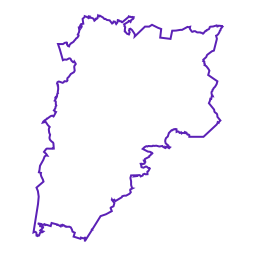 the district of Cuautepec de Hinojosa, Hidalgo, Mexico
{"feature_id": "50627088B81322224704661", "entity_name": "Cuautepec de Hinojosa", "entity_type": "district", "adm_level": 2, "iso_a3": "MEX", "parent_name": "Mexico", "parent_adm1": "Hidalgo", "projection": "albers", "projection_center": [-98.287, 19.97], "detail": "fine", "context": "isolated", "style": "outline", "palette": "violet", "viewbox_px": 256, "rotation_deg": 0, "n_neighbors": 0, "source": "geoboundaries", "source_scale": "gbopen_adm2", "svg_char_len": 5655}
<svg xmlns="http://www.w3.org/2000/svg" viewBox="0 0 256 256"><path d="M92.3,229.9L91.9,229.4L93.0,228.3L100.6,216.1L105.9,214.3L111.8,211.1L110.6,208.0L111.1,207.4L113.5,206.3L114.4,203.0L111.8,199.8L111.9,199.5L112.1,199.9L113.2,200.3L114.3,199.7L115.5,201.0L121.7,197.3L122.3,196.2L124.1,195.7L126.0,195.7L129.1,194.0L129.8,193.5L130.8,192.2L130.2,190.5L130.3,189.5L132.6,188.3L132.1,188.2L131.1,185.0L131.1,181.3L130.4,178.0L131.1,175.4L135.9,175.3L134.8,176.3L137.4,176.0L138.0,175.2L139.5,175.1L140.1,175.4L140.7,176.4L142.6,175.6L143.2,174.3L144.6,173.8L145.5,174.3L147.5,174.2L147.4,171.6L148.4,171.0L149.8,168.5L149.4,168.0L148.1,167.9L146.6,166.6L145.9,166.5L143.5,167.7L141.6,167.2L141.3,166.8L141.4,166.0L140.7,163.8L141.6,163.7L142.7,164.1L144.5,163.6L144.9,162.7L144.1,161.0L145.1,161.2L144.6,159.5L145.1,158.9L149.2,156.8L149.3,156.0L150.7,155.0L151.5,153.4L152.2,153.6L152.4,153.3L152.0,152.8L150.0,151.8L147.9,151.6L142.7,148.9L144.6,147.1L146.3,146.2L147.5,146.5L148.3,146.0L151.1,146.2L152.4,146.1L153.0,145.7L154.2,145.9L156.4,145.7L159.3,146.5L162.4,146.0L163.1,146.9L164.8,147.8L165.1,147.0L165.8,147.7L166.5,146.7L166.9,146.8L169.1,148.2L170.0,147.3L169.2,147.0L168.3,145.9L168.3,145.5L165.7,143.4L165.2,141.3L165.3,140.0L166.0,138.1L167.8,136.5L168.9,133.0L171.6,130.2L172.4,130.3L173.1,129.6L173.8,129.5L174.2,129.1L174.9,129.3L175.7,129.0L176.5,129.2L176.6,131.9L177.6,131.5L178.6,131.6L179.6,132.9L180.3,132.8L181.0,132.3L181.6,133.4L182.1,133.0L183.4,132.9L184.9,133.1L185.0,132.1L186.5,132.7L186.6,133.3L187.5,134.6L188.5,134.5L189.3,135.1L189.3,136.8L203.5,136.8L216.6,124.6L217.4,123.4L217.7,122.2L218.7,122.8L219.1,121.8L220.4,120.5L217.4,116.8L217.3,115.1L216.8,113.7L214.8,112.2L214.4,111.5L214.1,109.6L208.9,103.2L209.9,100.9L210.3,98.8L211.2,99.0L211.8,96.0L212.8,96.2L212.5,95.5L212.1,95.4L211.6,93.9L211.5,92.6L211.7,91.7L212.5,90.8L212.6,89.7L213.3,89.0L213.6,88.2L215.1,86.7L216.6,84.2L217.4,81.3L208.2,75.0L209.4,70.7L208.2,68.6L206.3,66.2L204.5,65.0L204.9,64.5L204.6,63.4L204.3,63.2L204.3,61.0L204.1,61.5L203.3,61.1L203.7,60.6L203.3,59.7L206.2,57.1L207.0,55.1L207.5,54.6L211.9,51.3L213.9,50.6L216.9,38.8L216.1,35.7L216.9,35.4L218.1,34.3L219.3,32.4L219.9,30.7L220.4,30.4L220.8,28.8L222.5,26.7L221.8,26.4L221.9,26.0L218.7,25.7L217.8,26.4L217.3,26.5L216.7,25.4L213.1,26.5L210.3,26.7L209.7,27.2L209.4,28.4L208.8,29.2L206.7,30.1L206.4,30.8L205.5,30.9L203.2,33.6L202.7,33.6L201.8,32.8L200.9,32.8L200.2,32.4L197.2,32.4L195.1,31.2L193.9,31.2L192.6,31.8L191.8,31.6L189.9,28.8L189.9,27.7L190.1,26.8L188.6,27.2L187.5,26.9L182.0,29.9L180.1,29.9L175.9,30.6L172.2,30.7L170.5,38.9L160.2,37.6L161.2,29.0L158.0,27.8L152.0,24.8L149.2,26.6L145.0,26.6L134.7,36.5L134.9,35.2L134.6,33.9L132.0,30.0L130.4,28.7L129.5,29.0L129.5,29.8L129.0,30.3L129.7,32.5L129.0,33.3L129.3,34.5L129.8,34.8L127.0,33.7L125.3,31.7L125.0,31.7L124.7,31.2L125.0,30.9L124.8,29.9L125.2,27.1L124.4,26.1L124.6,25.1L124.1,24.3L128.2,21.9L128.8,20.9L129.5,21.0L130.5,21.9L131.3,20.0L133.0,19.0L133.9,17.7L134.3,17.6L133.5,17.6L133.7,17.2L132.2,16.9L131.4,17.2L130.2,16.7L129.9,17.0L128.8,16.4L128.6,16.9L122.3,22.2L121.6,22.1L120.9,21.2L119.5,21.2L118.8,20.3L117.8,20.1L117.4,22.5L116.2,24.0L114.9,21.7L113.6,21.5L112.9,23.0L112.1,23.5L109.6,20.3L107.0,20.0L105.4,18.9L104.4,19.0L103.0,17.5L99.9,15.7L99.4,16.3L98.1,15.4L97.5,18.3L96.6,18.9L96.3,18.5L95.9,18.6L95.2,20.1L94.4,20.7L93.5,18.7L91.3,17.7L89.7,17.8L89.5,16.9L89.7,16.5L88.7,16.3L88.3,17.9L86.7,16.9L84.8,16.2L84.8,16.8L82.6,18.9L83.3,23.7L81.1,24.1L80.7,24.6L81.2,25.3L80.8,25.5L81.7,26.5L81.6,26.9L81.2,27.5L81.2,27.2L79.9,26.4L79.6,27.2L78.8,27.4L79.3,30.1L79.0,32.2L77.8,34.6L78.4,34.9L78.6,35.7L77.4,37.6L75.9,38.6L75.5,39.5L74.4,40.5L73.7,41.6L72.1,42.8L71.5,42.9L69.0,45.4L69.3,45.8L69.1,46.4L68.1,46.1L67.0,44.5L67.0,42.8L66.7,42.5L64.9,42.8L62.9,44.1L58.0,44.0L59.8,49.3L62.9,60.2L64.5,59.5L66.6,59.7L69.1,58.4L69.9,58.4L70.6,58.9L71.4,60.6L73.1,62.2L74.0,62.2L74.3,61.5L75.7,63.7L75.7,64.2L74.5,65.7L74.2,66.9L74.7,70.7L73.9,72.2L70.8,74.0L68.8,76.9L67.6,77.9L67.2,79.1L67.5,80.3L66.9,81.2L66.3,81.4L64.5,81.2L63.5,82.4L62.6,82.8L59.2,81.6L58.4,81.6L57.4,82.3L57.0,83.7L57.6,84.0L57.9,84.6L57.9,85.2L57.7,85.7L58.1,86.0L58.2,89.0L57.7,92.4L58.0,93.2L57.2,94.0L57.0,96.3L56.3,97.1L55.8,96.9L55.4,97.6L56.3,97.8L54.7,100.7L55.4,101.0L55.8,101.7L55.8,104.2L56.3,105.6L55.6,106.5L55.4,108.1L54.0,110.3L54.6,110.5L54.7,111.5L56.0,112.0L53.7,116.3L53.5,116.5L52.4,115.7L51.2,115.9L50.3,116.4L46.9,118.9L46.7,118.8L46.4,119.3L44.7,120.3L43.2,121.7L42.8,122.6L45.6,121.8L48.0,125.3L49.7,127.0L49.1,128.0L48.8,129.5L49.2,132.7L50.1,134.7L49.5,137.4L49.6,138.7L50.1,139.9L51.6,141.5L53.0,142.5L53.4,143.3L53.8,148.6L52.8,148.7L52.4,148.3L52.0,148.7L46.9,148.6L46.1,149.1L44.0,151.9L46.1,153.8L47.3,155.6L46.1,155.4L44.6,156.5L43.3,159.9L40.0,165.8L39.5,169.9L38.9,172.3L41.0,172.9L40.7,174.2L41.3,176.4L42.9,179.6L43.5,181.6L36.5,187.6L37.9,191.1L38.7,196.6L38.0,204.1L33.5,232.4L34.9,231.8L35.6,231.9L36.4,232.9L36.5,235.6L37.4,236.0L37.9,235.3L38.6,235.7L39.1,235.5L40.0,232.9L40.8,232.4L42.4,232.2L43.3,231.5L40.2,230.5L40.6,229.9L41.9,229.1L42.4,228.1L43.1,227.6L43.0,227.0L42.4,226.6L41.7,226.9L40.7,226.1L40.2,226.1L40.3,225.2L38.5,223.8L38.6,223.5L41.4,224.0L42.8,225.1L44.4,224.1L45.0,224.4L45.2,225.1L46.5,224.8L50.7,226.1L51.6,223.0L57.3,224.5L57.2,224.9L58.7,225.2L60.7,226.4L61.2,225.2L62.1,225.7L62.5,224.8L63.6,225.2L63.5,225.5L65.7,226.3L65.6,226.6L66.1,226.8L69.4,226.7L70.8,227.4L72.0,229.7L72.5,231.6L74.8,232.7L73.6,236.6L80.5,238.8L80.9,237.6L83.4,238.4L85.0,237.6L85.5,237.9L84.9,240.2L84.9,240.6L85.2,240.6L91.9,230.1L92.3,229.9Z" fill="none" stroke="#5b21b6" stroke-width="2"/></svg>